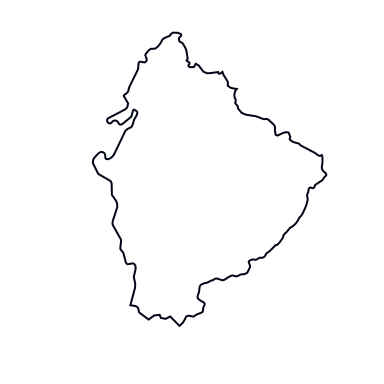 SVG path tracing the border of Huesca, rotated 29°
{"feature_id": "ESP-5825", "entity_name": "Huesca", "entity_type": "Autonomous Community", "adm_level": 1, "iso_a3": "ESP", "parent_name": "Spain", "parent_adm1": "", "projection": "equal_earth", "projection_center": [-0.025, 42.135], "detail": "fine", "context": "isolated", "style": "outline", "palette": "ink", "viewbox_px": 384, "rotation_deg": 29, "n_neighbors": 0, "source": "natural_earth", "source_scale": "10m", "svg_char_len": 4293}
<svg xmlns="http://www.w3.org/2000/svg" viewBox="0 0 384 384"><g transform="rotate(29 192 192)"><path d="M106.1,59.4L106.6,60.7L106.6,61.9L106.1,62.7L106.0,63.6L106.7,65.1L108.0,66.3L109.3,66.5L110.5,66.3L111.8,66.5L116.2,69.1L118.5,71.0L123.5,77.4L123.7,78.1L123.4,78.9L123.4,79.5L124.3,79.9L126.4,79.9L126.9,80.0L127.7,81.1L127.5,82.2L127.5,83.2L128.7,83.9L129.7,83.8L131.9,82.4L133.0,82.0L133.2,78.0L136.5,78.1L143.5,81.2L147.4,80.9L150.5,79.1L156.7,74.4L157.8,75.5L158.8,75.2L159.7,73.9L160.4,72.2L162.4,74.0L162.7,74.2L170.2,78.5L171.7,81.7L175.2,82.1L178.9,81.1L181.2,80.1L180.9,83.0L181.7,86.0L183.2,88.4L185.4,90.1L186.1,91.1L186.3,92.2L186.7,93.3L188.0,93.9L189.7,94.4L190.6,95.1L191.2,96.0L191.9,96.7L197.0,98.7L201.5,98.3L211.4,94.7L219.3,93.6L221.7,92.0L223.8,91.7L230.7,93.4L232.7,94.4L235.5,99.1L237.5,101.4L239.4,101.2L243.0,96.2L245.3,94.0L247.7,93.2L251.2,96.1L251.5,96.7L251.5,97.4L251.6,98.1L252.2,98.7L254.8,99.2L257.3,99.0L262.2,97.8L264.4,98.6L280.4,98.2L285.0,98.8L286.7,98.2L287.5,96.8L289.1,98.1L291.6,102.5L293.4,107.2L294.4,108.7L295.6,109.6L296.7,110.1L299.4,110.6L300.8,111.3L301.2,112.1L301.3,112.8L300.8,113.9L300.6,114.8L300.4,117.1L300.3,118.2L300.1,119.0L299.7,119.6L299.1,120.6L298.4,122.0L297.8,123.5L297.2,124.1L296.8,125.1L296.3,126.5L296.7,128.4L296.3,129.3L296.3,129.7L295.8,130.1L295.3,130.3L294.7,130.4L293.8,130.5L292.9,131.1L292.6,132.5L292.9,133.7L293.5,135.1L293.8,136.4L293.9,138.2L294.4,139.4L294.9,140.1L295.3,140.5L295.9,141.1L296.7,142.2L297.4,144.3L298.4,148.3L299.1,155.5L299.1,158.8L298.9,160.4L298.2,162.6L298.4,163.3L298.4,165.5L298.1,168.6L297.9,169.7L296.8,172.9L295.9,174.5L295.4,175.2L295.1,176.0L294.1,181.3L293.6,182.5L293.3,184.2L293.0,185.9L293.4,186.9L293.7,188.6L293.4,190.4L293.0,194.0L292.5,195.8L291.8,197.4L290.6,198.3L290.6,199.1L288.6,206.0L286.8,209.8L286.8,210.9L287.0,212.2L286.4,214.0L285.8,215.0L285.2,215.7L283.8,216.2L282.9,216.9L282.3,217.8L281.3,219.7L280.7,220.3L279.9,220.8L278.8,221.0L277.7,221.7L276.7,222.6L275.9,223.7L275.4,224.7L275.5,225.7L277.3,227.4L278.4,228.1L278.9,229.0L279.2,230.0L279.5,235.6L279.0,236.8L278.1,237.7L277.3,238.8L276.3,239.3L274.4,240.6L273.3,242.5L272.3,243.7L271.2,244.5L268.8,245.1L267.7,245.5L267.0,246.1L266.4,246.8L264.7,249.6L263.4,252.3L262.3,253.8L261.0,254.6L256.6,255.4L255.6,255.7L254.7,256.2L254.2,256.8L253.4,258.0L253.1,259.0L252.2,259.7L251.3,260.7L249.6,263.5L246.5,266.3L244.7,269.1L244.6,270.4L244.8,271.7L246.6,275.9L247.2,279.6L247.7,281.0L248.3,281.9L249.5,282.5L253.4,283.0L254.8,282.8L256.0,283.0L257.1,283.4L257.8,284.8L257.8,286.1L257.9,287.4L258.3,288.7L258.9,289.9L259.4,291.4L259.0,292.5L258.3,293.5L255.8,296.5L255.1,297.5L254.6,298.5L254.3,299.2L254.3,299.4L254.1,299.8L253.7,300.2L252.8,300.6L249.0,301.8L247.7,303.0L247.3,304.0L247.5,307.3L247.4,310.6L246.0,315.2L233.3,311.4L230.5,315.7L225.8,317.2L223.3,315.1L218.8,318.3L215.9,324.6L204.5,323.0L203.6,322.5L202.0,320.4L200.1,319.1L197.7,319.2L193.0,320.9L188.6,303.4L186.8,299.7L182.2,294.4L180.3,287.5L179.3,285.3L178.0,283.7L176.4,283.0L174.8,283.1L171.0,286.2L170.1,286.4L168.5,285.9L161.3,278.4L157.4,276.9L156.5,275.9L153.6,268.9L152.6,267.8L138.6,259.2L137.5,257.7L136.8,255.9L134.0,241.5L132.4,238.8L130.3,236.8L123.3,233.3L117.6,223.5L115.5,221.9L101.2,221.6L91.5,214.9L90.1,212.4L89.9,209.7L91.2,204.2L92.2,202.0L93.0,201.2L93.9,200.6L94.9,200.4L96.0,200.4L97.0,200.8L97.9,201.5L99.9,204.4L100.8,204.8L102.7,204.0L104.2,202.1L105.2,199.7L105.6,197.3L104.1,170.6L105.1,168.1L107.1,165.2L107.5,164.0L107.5,162.2L106.3,156.7L106.4,150.9L105.7,149.2L105.1,148.5L104.4,148.1L101.2,148.1L100.9,148.6L101.0,149.7L102.2,154.5L102.2,156.0L98.1,166.4L97.5,167.1L96.8,167.7L95.7,168.0L94.9,167.7L93.1,166.6L91.9,166.4L90.7,166.5L89.5,167.1L88.6,168.1L87.7,171.1L86.6,172.1L85.0,172.1L83.6,171.4L82.7,170.0L82.8,168.4L93.6,152.0L94.2,150.0L94.2,148.8L93.2,145.5L86.0,141.2L85.6,140.7L85.7,140.0L87.1,136.9L87.3,135.7L87.3,134.6L86.3,130.8L85.3,110.8L82.8,105.2L82.8,104.3L83.1,103.6L83.8,103.0L86.7,102.1L88.0,101.4L88.6,99.7L88.2,98.0L84.8,95.0L84.6,93.6L85.5,89.0L86.5,86.9L87.3,86.3L88.9,85.4L90.3,84.4L91.6,81.5L92.4,76.6L92.2,73.9L92.5,72.5L93.0,71.0L96.5,66.6L97.0,65.5L96.9,64.4L97.3,63.2L98.2,61.8L102.7,59.5L106.1,59.4L106.1,59.4Z" fill="none" stroke="#020617" stroke-width="2"/></g></svg>